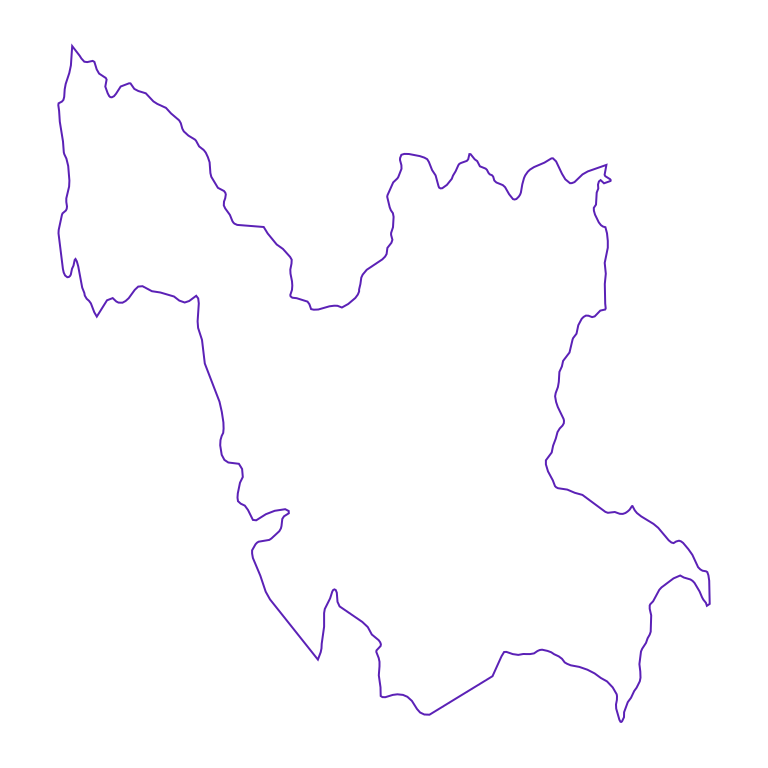 Udon Thani, Equal Earth projection
{"feature_id": "THA-448", "entity_name": "Udon Thani", "entity_type": "Province", "adm_level": 1, "iso_a3": "THA", "parent_name": "Thailand", "parent_adm1": "", "projection": "equal_earth", "projection_center": [102.887, 17.458], "detail": "fine", "context": "isolated", "style": "outline", "palette": "violet", "viewbox_px": 768, "rotation_deg": 0, "n_neighbors": 0, "source": "natural_earth", "source_scale": "10m", "svg_char_len": 6040}
<svg xmlns="http://www.w3.org/2000/svg" viewBox="0 0 768 768"><path d="M385.3,697.2L382.4,697.1L380.7,696.0L380.5,687.3L378.8,675.3L379.5,666.3L379.5,661.8L378.7,658.0L376.3,651.9L376.5,650.4L380.6,646.0L380.9,644.3L380.2,642.3L378.7,640.2L371.8,634.5L367.8,627.1L362.4,622.0L339.6,606.4L337.5,601.8L336.8,592.7L335.7,590.0L334.4,589.4L333.2,590.0L332.3,591.5L330.1,598.4L324.8,609.0L324.1,613.1L324.1,626.7L321.7,643.8L321.5,648.3L320.7,652.2L317.9,659.6L270.0,599.4L265.7,591.7L260.3,575.6L252.9,558.0L252.1,553.5L252.1,550.3L255.5,544.3L257.0,542.7L258.6,541.7L269.3,539.9L271.4,538.5L279.3,531.2L280.9,528.4L281.5,526.0L282.3,518.9L284.0,516.3L288.8,513.3L288.7,511.0L285.2,509.2L274.7,510.8L265.9,514.2L256.2,520.3L252.9,519.9L248.0,510.0L244.8,505.6L240.8,503.7L238.0,501.2L237.5,497.7L237.8,493.4L240.0,482.7L242.8,477.0L242.1,469.0L238.9,463.8L228.3,462.5L224.4,459.9L221.7,454.8L220.2,445.3L220.5,440.0L221.7,435.9L223.2,432.9L223.6,428.6L223.4,422.4L221.8,411.9L219.5,401.7L204.8,363.5L202.0,339.9L198.1,327.9L197.6,321.3L198.8,303.4L198.2,298.4L196.2,295.8L189.2,301.0L184.7,302.5L179.3,300.6L174.0,296.5L160.4,292.5L151.9,291.2L142.5,286.2L138.2,286.6L134.8,289.8L128.7,298.2L125.6,301.0L122.5,302.7L118.5,302.6L116.3,301.5L112.7,298.1L107.0,300.3L96.8,316.6L94.3,312.3L90.9,303.4L89.0,300.8L86.7,298.8L84.8,295.6L84.3,292.9L82.2,287.6L78.2,266.2L76.8,261.3L75.5,259.0L74.7,259.9L73.5,265.6L72.0,268.8L70.8,274.6L70.0,276.0L68.8,277.0L67.3,277.2L65.1,275.5L63.7,272.5L62.9,268.8L58.5,233.3L58.7,229.9L61.9,215.0L62.5,213.4L65.9,210.5L66.7,208.8L67.0,206.5L66.3,201.9L66.3,198.4L69.1,186.6L69.4,180.6L68.2,166.0L66.4,158.6L64.3,154.2L63.8,152.3L63.0,141.5L59.8,121.7L59.1,110.9L58.3,105.1L58.6,103.3L61.9,101.6L63.4,99.9L64.2,96.9L64.7,89.3L65.7,83.9L69.3,73.0L70.9,65.4L72.2,46.1L79.7,55.8L81.4,58.5L84.3,61.7L87.2,62.1L92.7,60.9L94.4,61.9L96.7,69.4L99.1,73.6L105.8,78.0L106.6,79.6L105.3,86.6L107.7,93.3L109.2,96.1L110.3,97.1L111.8,97.3L114.0,96.2L116.0,93.8L120.7,86.5L129.1,83.3L130.5,83.4L134.3,88.9L138.3,91.0L145.8,93.3L153.4,101.4L157.3,103.9L166.0,107.9L171.1,113.5L179.2,120.4L180.8,123.2L182.3,128.6L183.8,131.4L188.4,135.6L195.0,139.6L196.0,140.7L199.1,146.4L203.8,150.1L205.8,152.7L207.9,157.2L209.6,162.3L210.4,173.1L211.3,176.8L217.9,187.8L224.0,191.0L225.3,192.7L225.8,194.5L225.2,198.3L224.0,201.6L223.8,205.4L225.2,208.4L229.9,214.9L232.4,221.1L233.3,222.5L234.4,223.6L237.2,224.9L263.7,227.0L267.7,233.5L276.7,244.5L282.9,248.9L290.1,256.9L291.7,259.7L291.5,263.6L290.3,269.6L290.5,273.7L292.0,281.3L292.3,285.6L292.0,289.8L290.3,295.0L290.6,296.4L292.3,297.7L296.7,298.2L307.5,301.6L309.4,304.2L311.1,309.1L313.8,309.7L318.3,309.5L329.5,306.3L334.3,305.7L337.5,305.8L341.9,307.5L348.2,304.0L355.3,298.0L357.8,294.6L359.1,291.5L359.1,289.5L360.4,284.0L361.3,277.6L362.7,274.6L366.7,269.8L382.3,259.4L385.1,256.6L386.6,254.0L387.4,247.9L391.4,242.8L392.4,239.8L391.1,234.9L391.1,233.0L393.0,227.2L393.6,216.9L392.9,213.2L390.9,210.3L389.7,207.3L387.2,196.8L387.5,195.2L393.2,182.4L397.4,178.4L398.3,177.0L401.5,168.8L401.4,165.2L400.0,160.0L400.1,158.0L401.4,154.8L404.3,153.9L408.9,154.0L419.8,156.1L424.3,157.6L427.2,159.2L428.9,162.0L432.1,170.1L435.6,175.4L438.5,186.1L439.1,187.6L440.5,188.4L442.3,188.2L446.9,184.9L451.8,178.8L453.0,175.6L455.6,171.3L458.4,165.1L459.4,163.8L461.2,162.9L466.8,160.9L468.2,159.3L469.4,154.1L470.6,154.2L474.7,159.3L477.2,161.1L479.9,166.3L485.6,168.6L486.9,169.8L488.5,172.9L489.7,174.3L492.1,175.3L493.2,176.7L494.3,180.5L495.3,181.5L496.4,182.5L502.8,185.1L505.1,187.2L509.1,194.2L513.0,199.1L514.6,199.5L516.4,199.0L518.8,196.6L520.1,194.6L520.9,192.5L522.3,184.3L524.0,178.1L525.2,175.4L527.8,171.7L530.0,169.6L534.0,167.1L544.5,162.6L551.4,158.4L552.9,158.3L556.1,161.4L562.0,173.8L565.3,179.3L570.0,183.2L571.9,183.1L574.5,182.1L582.5,174.4L587.8,171.4L606.4,164.9L604.6,174.8L605.3,176.2L610.1,179.2L610.7,180.1L610.5,181.0L604.0,183.3L600.6,180.1L598.9,181.5L598.0,184.6L598.3,188.5L596.7,192.6L596.0,204.6L593.8,207.9L593.9,210.7L595.0,214.6L598.8,222.4L601.0,225.2L603.1,226.6L605.4,227.2L607.0,233.3L607.8,240.9L607.8,247.7L604.7,262.9L605.8,273.7L604.8,284.0L605.2,303.6L605.7,308.3L605.2,309.5L600.3,310.6L594.7,316.4L592.1,317.1L588.4,315.7L585.9,315.6L583.6,316.9L581.7,318.8L578.3,325.2L576.5,333.7L573.2,338.0L572.6,339.4L569.5,352.5L563.1,360.9L561.9,366.4L559.4,371.9L558.8,381.9L557.9,387.1L555.7,393.0L555.1,396.3L556.1,402.0L557.8,407.0L563.6,419.0L564.0,420.8L563.8,423.3L562.5,425.6L559.7,428.5L557.5,432.1L555.8,438.5L553.1,445.7L551.7,452.5L545.9,460.3L545.9,464.4L548.0,471.4L552.8,480.3L555.0,486.1L556.2,487.3L558.0,488.2L567.3,489.6L574.8,492.8L582.4,494.9L605.4,511.9L607.9,512.8L614.8,512.0L619.8,513.8L622.8,513.9L625.4,513.0L627.6,511.5L629.6,509.7L631.9,506.2L632.5,506.1L634.8,510.4L636.9,513.0L641.2,516.4L653.5,523.9L658.2,527.8L668.7,540.3L671.4,542.5L673.6,543.1L676.1,541.5L679.0,540.7L680.9,541.3L683.1,542.9L688.4,549.2L692.4,554.9L698.1,567.2L700.3,569.4L702.5,570.7L706.0,571.3L707.3,572.1L708.4,575.3L709.2,580.7L709.7,603.9L706.9,605.8L705.9,602.8L703.3,599.6L702.0,597.2L699.6,591.5L694.5,582.9L692.6,580.9L690.5,579.5L683.8,577.5L680.2,575.5L673.5,578.4L661.5,587.4L659.3,589.8L653.1,601.3L650.3,604.2L649.7,605.5L649.7,608.8L651.2,615.4L650.7,631.7L649.7,634.6L647.6,638.3L646.0,642.9L642.2,648.7L641.0,651.5L639.4,664.1L640.3,671.6L640.5,677.7L639.8,681.3L636.6,687.7L634.2,691.0L631.0,697.8L627.8,702.1L624.1,712.2L624.0,717.2L622.1,721.2L621.4,721.9L620.5,721.8L619.4,719.8L616.2,708.6L616.0,704.5L616.9,699.9L617.0,696.2L616.7,694.3L612.7,687.4L607.0,681.4L600.9,678.0L594.6,673.4L587.4,669.7L579.3,666.9L570.7,665.3L567.1,663.8L564.7,662.4L562.0,658.8L558.8,656.4L554.1,654.2L551.3,652.3L547.5,650.9L542.1,649.7L539.8,650.0L537.5,651.0L534.0,653.4L529.9,654.1L523.2,654.0L518.3,654.9L512.8,654.1L506.4,651.9L504.1,652.0L501.5,656.3L492.5,676.2L429.5,714.7L424.3,714.5L420.1,712.5L417.0,709.0L411.9,700.9L407.4,696.8L403.0,694.9L397.4,694.3L392.8,694.9L385.3,697.2Z" fill="none" stroke="#5b21b6" stroke-width="2"/></svg>